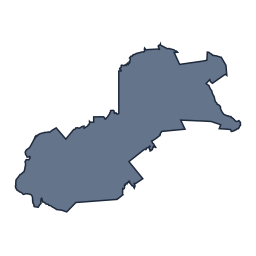 Saucillo, Chihuahua, Mexico (Mercator projection)
{"feature_id": "50627088B28449538232051", "entity_name": "Saucillo", "entity_type": "district", "adm_level": 2, "iso_a3": "MEX", "parent_name": "Mexico", "parent_adm1": "Chihuahua", "projection": "mercator", "projection_center": [-105.354, 28.012], "detail": "fine", "context": "isolated", "style": "filled", "palette": "slate", "viewbox_px": 256, "rotation_deg": 0, "n_neighbors": 0, "source": "geoboundaries", "source_scale": "gbopen_adm2", "svg_char_len": 5726}
<svg xmlns="http://www.w3.org/2000/svg" viewBox="0 0 256 256"><path d="M25.2,152.3L25.6,154.4L26.9,156.3L26.9,156.9L27.7,157.1L28.6,156.9L29.1,156.6L29.8,156.5L29.8,157.0L30.0,157.3L29.8,157.8L29.9,158.0L29.9,158.3L28.9,159.5L28.5,159.6L28.5,159.8L27.1,159.7L26.8,159.8L26.5,159.6L26.0,159.9L25.8,160.8L25.2,161.2L25.1,161.4L25.2,162.3L25.5,163.5L25.5,165.1L24.8,168.4L25.0,168.9L24.8,169.5L24.5,169.8L24.2,171.2L23.9,171.6L23.8,172.0L22.8,172.5L21.1,174.2L20.2,174.4L16.0,180.0L15.7,184.1L16.0,184.9L15.6,185.4L15.4,186.3L15.7,187.1L15.6,187.6L15.6,187.8L16.1,188.2L16.1,188.7L16.7,189.2L17.0,190.2L18.9,191.2L19.4,191.8L21.2,192.4L21.8,192.9L23.3,194.4L25.3,193.9L26.5,193.7L29.2,194.1L30.7,194.6L31.5,195.1L32.1,196.3L32.5,197.3L32.6,199.5L32.5,199.8L32.6,200.2L32.8,200.3L32.7,200.6L32.8,200.9L32.6,201.2L32.9,202.0L32.8,202.6L33.1,203.3L33.5,203.8L33.6,204.3L33.9,204.6L34.0,206.1L34.2,206.6L37.9,207.2L38.4,207.1L38.7,206.2L39.3,205.5L39.8,204.5L40.7,203.9L41.0,203.5L40.9,202.8L40.9,202.5L40.7,201.7L41.0,200.1L41.0,199.6L41.3,198.8L41.3,198.4L41.5,198.2L41.9,198.7L42.1,199.1L42.2,200.3L42.5,201.1L42.4,201.5L42.6,202.0L43.0,202.1L44.2,202.2L44.7,202.8L45.2,203.1L45.7,203.8L47.0,204.2L48.2,204.4L48.6,204.7L48.9,205.4L49.5,205.4L49.9,205.6L50.4,205.6L50.9,205.8L52.8,207.3L54.2,207.9L55.4,208.7L55.8,208.8L56.0,209.2L56.4,209.5L61.8,210.2L66.7,211.9L75.9,202.5L117.1,199.4L123.0,194.7L122.6,194.4L122.7,188.6L123.6,189.0L124.3,188.4L124.4,187.7L124.5,187.5L124.5,185.2L125.3,185.1L125.2,184.1L127.1,183.8L127.0,182.7L128.8,182.4L128.6,181.3L129.5,181.2L129.7,182.9L130.0,183.0L132.1,185.8L132.9,185.7L134.3,188.1L135.0,186.1L134.8,185.8L134.9,185.2L134.2,183.8L134.2,183.4L135.6,183.5L142.8,178.7L128.9,161.6L144.3,149.4L144.8,149.4L145.8,149.6L146.1,149.3L146.4,148.8L146.3,148.2L146.8,148.2L147.2,147.7L148.6,147.3L149.1,146.9L149.3,146.9L149.5,146.4L149.9,145.9L150.4,145.9L149.7,146.2L149.6,146.4L149.9,146.6L149.2,147.5L148.9,147.7L149.0,147.9L149.3,148.4L149.4,149.1L149.9,150.1L150.1,150.0L150.1,150.3L150.2,150.2L150.6,150.8L151.2,150.5L151.9,149.9L152.2,149.3L152.4,149.3L152.5,148.8L152.8,148.2L152.8,147.9L153.0,147.7L153.1,147.3L153.4,147.2L153.3,146.7L153.6,146.5L153.7,146.2L154.4,146.2L154.5,146.4L154.5,146.6L154.7,146.9L155.2,147.1L155.4,147.4L155.7,147.4L155.1,146.3L154.5,145.7L153.7,144.1L152.4,142.8L152.2,142.0L151.6,141.0L152.9,140.5L156.2,138.3L158.2,136.8L158.9,136.1L159.9,135.6L160.3,134.3L160.1,134.1L160.4,133.9L160.5,133.2L160.9,132.5L161.2,132.4L161.8,131.4L185.0,129.2L180.7,120.1L204.6,121.1L211.3,121.5L212.6,122.0L220.7,124.7L219.2,128.7L227.5,129.2L230.7,129.6L231.3,131.5L232.9,131.2L234.3,130.5L234.6,130.5L234.9,130.1L235.8,130.0L236.2,129.7L236.5,129.3L237.0,128.9L237.4,128.8L238.3,128.8L238.5,128.2L238.9,128.0L239.1,127.6L239.7,126.3L239.7,126.1L239.9,125.6L240.3,125.4L240.3,125.2L240.6,125.0L240.4,124.4L240.4,123.8L240.5,122.9L239.7,121.4L239.3,121.2L238.9,120.6L238.7,120.6L237.7,121.3L236.6,121.5L235.3,120.9L234.3,119.7L232.4,117.9L231.9,117.9L231.4,117.4L231.0,116.6L229.4,116.5L228.2,115.8L227.5,116.0L226.7,115.6L224.7,114.7L224.4,114.7L223.6,114.1L222.0,111.9L220.5,108.6L220.3,108.2L220.6,107.2L220.3,106.5L219.6,105.7L218.5,104.7L217.1,104.2L216.8,103.1L215.4,101.7L215.1,100.8L214.1,96.6L213.9,96.1L212.9,94.6L212.1,92.4L211.7,90.6L211.3,90.3L210.4,89.0L209.7,87.6L209.0,85.7L207.7,84.7L206.7,84.1L206.1,83.5L209.8,79.6L210.4,81.6L212.4,83.3L225.2,74.3L226.8,75.4L226.0,65.8L225.5,64.4L225.0,63.7L221.2,57.2L220.5,57.2L219.0,56.6L217.1,56.2L216.3,55.8L215.0,55.7L213.3,55.3L212.5,55.4L212.2,54.7L211.5,54.1L210.6,53.5L209.3,52.9L208.9,52.3L207.3,52.1L206.9,60.2L204.1,60.9L179.6,64.4L174.2,52.6L177.6,52.2L177.2,51.8L176.8,51.5L176.5,51.1L175.3,50.9L174.3,50.1L173.1,49.6L170.7,49.0L170.4,49.0L169.4,48.5L167.5,48.7L165.2,47.6L162.3,46.0L161.5,45.7L160.7,45.0L160.3,44.4L160.3,44.1L159.9,44.8L158.5,45.6L158.8,46.0L158.3,46.6L158.7,47.7L159.0,49.1L159.4,49.1L159.4,49.4L157.7,49.1L156.5,49.1L147.6,49.6L146.2,49.9L144.6,48.1L144.4,49.2L144.5,50.6L144.6,51.2L144.5,51.5L143.4,51.8L142.8,52.0L141.6,52.0L139.6,52.7L137.2,53.2L136.7,53.5L136.1,53.5L135.4,54.2L135.1,54.2L134.5,54.5L133.8,54.5L133.4,54.9L133.1,54.8L132.9,55.3L132.9,55.5L132.3,55.7L132.2,56.0L131.8,56.1L131.5,56.4L130.8,56.3L130.5,56.6L130.4,57.0L130.0,57.5L129.7,57.7L129.5,58.0L129.9,58.3L130.2,58.8L130.2,60.1L129.9,60.8L129.9,61.1L129.4,61.3L129.2,61.7L129.8,62.5L129.6,62.8L129.1,63.0L128.9,63.2L128.3,63.0L128.2,63.6L128.2,64.2L127.9,64.0L128.0,63.8L127.7,63.3L127.5,63.2L127.3,63.4L127.3,63.7L127.1,64.0L126.7,64.9L126.5,64.4L126.3,64.3L125.8,64.8L124.5,65.2L124.7,65.4L123.9,65.7L121.7,65.1L121.2,65.4L121.1,65.9L121.3,66.2L121.1,66.9L121.2,67.3L120.7,67.9L119.8,68.2L119.6,68.7L119.9,69.0L120.0,69.8L120.4,69.8L120.5,70.1L120.8,70.0L121.0,70.3L120.7,70.4L120.9,71.0L118.8,71.0L118.8,113.5L117.2,114.2L116.8,114.0L116.3,113.2L115.9,112.8L114.5,113.4L114.3,113.3L114.0,111.0L113.9,110.7L113.0,110.3L111.6,110.5L111.1,110.4L110.7,110.5L110.6,110.8L110.5,111.8L109.8,112.9L109.7,113.5L109.5,113.8L109.6,114.2L108.5,115.2L107.6,116.9L106.0,118.3L105.9,118.8L105.6,118.9L105.1,119.1L103.7,116.8L93.7,116.9L93.7,121.2L93.6,122.2L90.6,122.2L89.9,121.8L89.5,121.4L89.5,123.4L89.2,124.1L88.4,124.6L88.1,125.4L87.5,126.1L84.2,128.2L84.0,126.1L82.4,126.4L79.4,128.2L76.9,127.7L76.4,128.0L75.9,127.9L75.7,128.6L75.4,128.9L75.2,129.2L75.1,129.3L73.8,129.4L65.8,139.1L56.2,127.9L52.7,129.9L49.5,132.3L48.3,131.9L46.6,132.4L44.5,132.4L43.5,132.9L41.3,133.3L39.8,133.8L39.4,134.2L38.6,134.4L38.1,134.7L37.9,134.9L37.8,135.5L37.4,135.9L36.7,135.8L36.2,135.5L35.0,137.0L35.7,137.2L34.1,139.2L34.2,139.3L29.7,147.5L26.4,149.9L25.4,151.5L25.2,152.3Z" fill="#64748b" stroke="#1e293b" stroke-width="1.5"/></svg>